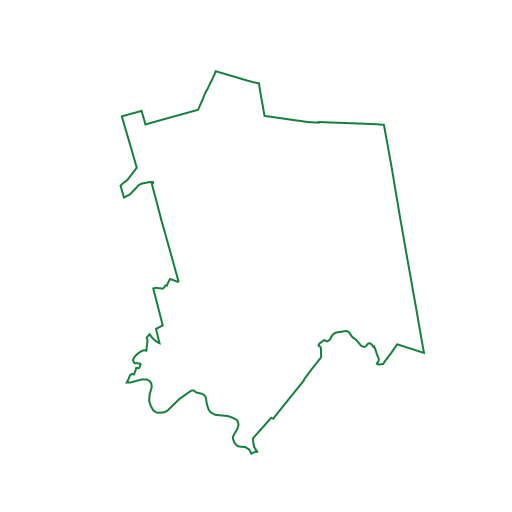 Vulturu, Vrancea, Romania (Albers equal-area conic projection), rotated 164°
{"feature_id": "2599482B3824966858584", "entity_name": "Vulturu", "entity_type": "district", "adm_level": 2, "iso_a3": "ROU", "parent_name": "Romania", "parent_adm1": "Vrancea", "projection": "albers", "projection_center": [27.441, 45.598], "detail": "fine", "context": "isolated", "style": "outline", "palette": "green", "viewbox_px": 512, "rotation_deg": 164, "n_neighbors": 0, "source": "geoboundaries", "source_scale": "gbopen_adm2", "svg_char_len": 4888}
<svg xmlns="http://www.w3.org/2000/svg" viewBox="0 0 512 512"><g transform="rotate(164 256 256)"><path d="M336.0,427.2L338.5,427.2L346.5,427.2L346.4,409.0L346.3,394.9L346.3,385.8L346.3,376.7L346.3,373.6L346.6,373.5L346.9,373.3L348.7,371.9L349.3,371.4L350.6,370.6L353.0,368.7L354.2,367.8L356.2,366.4L357.6,365.4L358.0,365.0L358.3,364.8L358.8,364.6L359.6,364.2L360.8,363.7L361.8,363.3L363.4,362.7L366.8,361.0L366.8,348.6L365.8,348.8L364.9,349.0L363.9,349.2L362.2,349.5L361.4,349.6L360.2,350.0L359.2,350.5L357.8,351.3L356.5,352.2L355.8,352.6L354.3,353.3L353.4,353.9L352.7,354.3L351.9,354.8L350.6,355.7L349.3,356.3L348.1,356.8L347.0,356.9L345.7,357.0L344.7,357.0L343.4,356.9L341.7,356.7L339.7,356.6L338.2,356.4L337.3,356.3L336.0,356.0L335.5,355.9L335.0,355.7L334.8,355.6L334.7,354.6L334.9,354.4L335.3,354.3L335.8,354.3L336.2,354.3L336.2,353.5L336.3,351.4L336.4,348.0L336.6,335.6L336.9,322.5L337.1,317.5L337.1,315.7L337.1,314.6L337.1,305.8L337.2,287.2L337.3,273.8L337.3,273.1L337.4,263.9L337.5,253.1L338.4,252.7L344.7,257.5L345.1,257.4L345.5,257.1L346.1,256.4L347.0,255.5L348.2,254.2L348.9,253.3L349.3,252.7L349.7,252.1L350.1,252.3L350.8,252.6L351.2,252.6L351.4,252.5L351.8,252.2L352.1,252.0L352.6,251.4L352.8,251.1L353.8,250.7L354.7,250.4L355.9,250.8L356.6,251.2L358.5,251.9L360.9,253.0L361.4,253.1L363.7,253.1L363.9,247.9L364.0,242.6L364.5,224.7L364.8,215.0L372.2,213.5L372.8,198.8L373.4,199.3L374.2,200.2L375.3,201.3L375.9,202.1L376.5,202.9L376.9,203.5L377.2,204.0L377.9,205.4L378.3,206.2L378.7,207.0L379.0,207.8L379.5,209.1L379.8,210.1L383.6,207.7L383.7,204.4L383.9,203.7L386.1,198.7L387.5,195.2L389.0,196.0L389.5,196.3L389.9,196.2L390.7,196.3L391.5,196.2L392.2,196.1L393.1,195.9L395.5,195.1L397.2,194.4L398.9,193.5L399.7,193.1L400.4,192.6L400.8,192.3L401.6,191.3L402.3,190.6L403.0,189.8L402.4,186.6L400.9,186.0L399.9,185.7L399.1,185.3L398.7,185.2L398.2,185.0L397.5,184.8L397.3,184.6L396.7,183.6L397.2,183.1L398.4,181.4L398.8,181.0L399.1,180.7L399.4,180.5L399.7,180.5L399.9,180.5L400.6,180.9L401.4,181.2L401.7,181.4L401.9,181.4L402.2,181.3L402.3,181.0L403.1,179.4L403.3,179.3L404.0,178.5L404.8,177.2L406.0,175.8L406.3,176.0L407.0,176.3L407.5,176.8L408.0,176.9L408.6,176.7L409.2,176.3L409.8,176.0L410.2,175.8L411.2,174.4L411.6,174.1L412.1,173.3L412.5,172.8L415.1,170.0L414.5,169.8L413.3,169.5L410.7,168.9L406.4,169.0L405.3,169.0L402.3,168.8L400.2,168.9L395.2,167.5L392.7,165.2L391.7,162.4L392.5,158.4L396.3,152.5L397.0,150.5L398.6,146.5L398.5,142.6L398.5,140.8L397.5,137.0L397.2,135.6L394.9,133.2L394.2,132.7L393.4,132.3L387.5,131.0L383.6,131.8L379.0,134.3L368.6,139.9L359.5,143.0L355.5,144.4L353.6,144.2L352.4,143.3L351.2,141.4L347.2,139.2L344.9,137.5L343.4,135.1L343.3,133.2L343.9,128.6L344.1,125.3L343.8,121.0L342.7,118.2L339.0,114.6L326.8,109.7L323.6,107.4L319.5,103.6L319.1,101.0L319.4,98.5L321.5,95.0L326.1,90.7L328.3,88.1L328.5,85.7L328.1,82.3L326.9,79.5L325.3,77.8L323.2,76.9L318.9,75.2L316.1,72.1L315.3,69.4L315.0,67.3L311.6,67.9L310.4,68.1L310.2,68.0L309.6,67.5L309.2,67.4L308.8,67.5L309.3,69.1L310.5,73.2L310.0,77.4L309.3,81.5L286.0,96.3L284.3,94.8L276.7,100.3L268.0,106.5L252.5,117.4L248.0,120.5L244.3,123.2L243.8,124.1L240.4,126.7L233.3,132.1L226.7,136.8L224.6,138.4L222.1,140.0L221.1,141.2L220.3,144.6L219.3,148.2L219.0,150.4L219.3,151.2L220.6,152.6L219.5,154.1L218.1,154.8L215.7,155.6L214.2,156.4L213.1,156.0L211.8,154.8L211.1,154.2L207.8,155.3L206.3,157.2L203.6,159.4L201.7,160.1L198.7,160.3L195.5,159.7L192.8,159.5L189.9,159.0L189.0,158.5L187.7,157.2L186.8,154.6L186.1,152.4L185.0,150.5L183.6,148.8L182.7,147.5L181.5,144.9L180.9,143.5L180.1,141.6L179.2,140.2L178.1,139.4L176.8,138.8L175.8,138.8L175.0,139.1L174.4,139.5L173.4,140.3L172.6,140.8L171.5,141.0L170.7,140.7L169.9,140.1L169.4,139.3L168.6,137.5L168.1,136.3L167.4,136.5L167.2,135.2L167.1,133.9L166.9,130.2L166.8,127.3L166.4,124.5L166.4,122.9L167.1,121.4L167.8,120.7L168.9,119.8L169.5,119.3L168.9,118.3L168.2,118.0L166.7,117.6L163.6,117.2L162.8,117.8L160.1,120.1L158.1,121.5L152.9,125.4L144.6,132.2L140.9,129.7L123.9,118.3L121.2,116.6L120.6,123.1L119.9,129.7L118.8,140.3L116.5,161.5L115.1,175.1L114.7,179.2L113.7,188.5L113.5,190.3L112.3,202.1L106.9,253.4L106.0,261.5L105.7,263.8L105.1,269.0L104.3,276.6L103.8,281.2L103.7,282.1L102.5,291.9L102.1,295.8L101.7,299.2L100.5,310.3L100.5,310.7L100.4,312.0L100.2,313.6L98.1,334.3L97.7,338.7L97.6,339.7L96.9,346.9L99.2,347.6L101.4,348.4L101.9,348.8L107.3,350.6L137.7,360.6L148.2,364.0L158.6,367.5L158.6,366.9L159.1,366.9L169.1,370.4L174.2,372.7L175.4,373.3L180.8,375.6L181.0,375.7L182.8,376.5L201.0,384.7L206.7,387.2L209.2,388.4L208.1,398.4L207.2,407.8L206.9,410.7L205.6,421.2L210.1,423.5L216.1,427.1L225.2,432.9L225.4,433.1L231.0,436.6L237.0,440.4L243.8,444.7L246.3,441.4L251.6,435.4L252.1,435.1L255.9,430.6L258.9,427.7L260.1,426.4L264.7,420.5L271.4,412.5L311.7,412.9L326.0,412.9L326.0,427.0L333.9,427.1L336.0,427.2Z" fill="none" stroke="#15803d" stroke-width="2"/></g></svg>